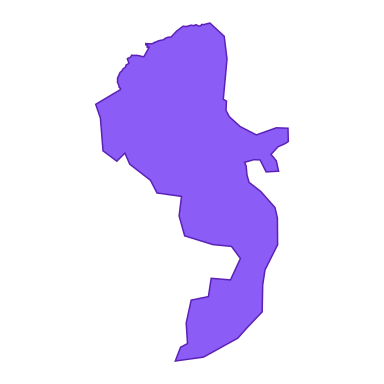 Kara-Suu, Osh, Kyrgyzstan (Robinson projection)
{"feature_id": "92254566B53802085045884", "entity_name": "Kara-Suu", "entity_type": "district", "adm_level": 2, "iso_a3": "KGZ", "parent_name": "Kyrgyzstan", "parent_adm1": "Osh", "projection": "robinson", "projection_center": [72.946, 40.266], "detail": "fine", "context": "isolated", "style": "filled", "palette": "violet", "viewbox_px": 384, "rotation_deg": 0, "n_neighbors": 0, "source": "geoboundaries", "source_scale": "gbopen_adm2", "svg_char_len": 2187}
<svg xmlns="http://www.w3.org/2000/svg" viewBox="0 0 384 384"><path d="M237.7,338.2L247.5,327.3L262.2,311.8L262.7,285.0L265.0,269.9L277.6,244.8L277.4,218.0L275.0,207.6L260.8,191.5L249.1,182.4L247.0,175.1L246.2,166.2L244.7,162.3L253.9,159.7L260.1,159.9L266.1,171.9L278.6,171.2L276.3,160.8L271.0,154.4L278.1,146.7L285.4,143.5L288.3,141.5L288.0,128.2L276.3,127.8L256.3,134.9L240.1,126.5L229.3,116.7L226.0,110.3L226.5,101.1L223.3,99.3L227.0,59.1L224.2,36.3L209.9,23.0L203.3,24.7L202.1,24.4L201.6,24.5L201.2,25.1L200.9,25.4L200.2,26.0L198.4,26.0L198.3,25.9L197.5,25.4L196.8,25.0L196.0,24.9L195.4,24.8L195.1,24.9L194.8,25.3L194.4,25.6L194.1,25.6L193.6,25.6L192.3,25.4L191.2,25.2L190.9,25.2L188.9,25.8L187.5,26.2L186.9,26.5L185.6,26.5L183.4,26.2L183.2,26.2L183.0,26.3L176.8,30.9L171.1,37.0L167.7,37.3L165.4,38.3L164.9,38.5L164.5,39.1L163.0,39.9L159.7,40.5L157.4,41.2L156.7,41.6L156.2,41.8L155.6,42.3L155.2,42.3L154.8,42.3L154.6,42.3L154.4,42.7L153.7,42.9L153.0,43.4L151.0,43.9L150.5,43.9L149.7,43.8L149.3,43.8L148.2,43.8L147.5,43.7L145.8,43.5L145.8,44.9L146.3,45.0L147.2,44.9L147.2,45.1L147.5,45.1L147.5,46.4L147.2,46.5L147.2,47.3L149.1,47.2L149.1,47.3L143.9,56.7L141.6,56.4L139.5,55.8L136.7,55.3L135.3,55.6L134.7,55.2L134.2,55.3L133.8,55.5L131.6,55.2L131.3,55.9L130.7,57.0L129.7,57.7L127.9,58.3L127.3,58.7L128.9,63.1L128.5,63.4L128.1,63.9L126.1,65.0L125.9,65.3L125.9,66.0L125.7,66.5L125.2,67.2L125.0,67.4L124.7,67.8L124.4,68.0L124.0,68.2L123.6,68.5L122.7,69.4L121.7,71.1L121.4,71.5L121.1,71.6L120.3,72.2L119.8,73.0L119.5,73.5L119.5,74.3L119.4,74.7L119.2,74.8L118.9,75.0L118.6,76.1L118.4,76.2L118.2,76.5L117.8,77.5L117.5,78.2L117.5,79.0L117.7,79.9L117.7,80.3L117.4,81.7L117.4,82.0L117.5,82.3L117.7,82.6L117.8,83.0L118.0,83.3L118.2,83.5L118.3,83.7L118.3,83.9L118.4,84.5L119.1,86.0L119.0,87.1L119.6,87.7L120.5,88.4L120.4,89.1L120.4,89.6L95.7,104.3L100.4,118.1L103.0,150.8L116.8,161.2L124.9,153.1L125.5,154.5L129.8,164.3L150.5,180.3L157.0,193.0L181.5,196.4L179.1,215.9L184.7,235.9L212.9,244.6L231.5,246.4L240.4,258.5L230.5,279.9L211.2,278.3L208.4,296.6L191.2,300.1L186.2,323.0L187.5,343.6L180.6,347.2L175.3,361.0L203.5,357.1L237.7,338.2Z" fill="#8b5cf6" stroke="#5b21b6" stroke-width="1.5"/></svg>